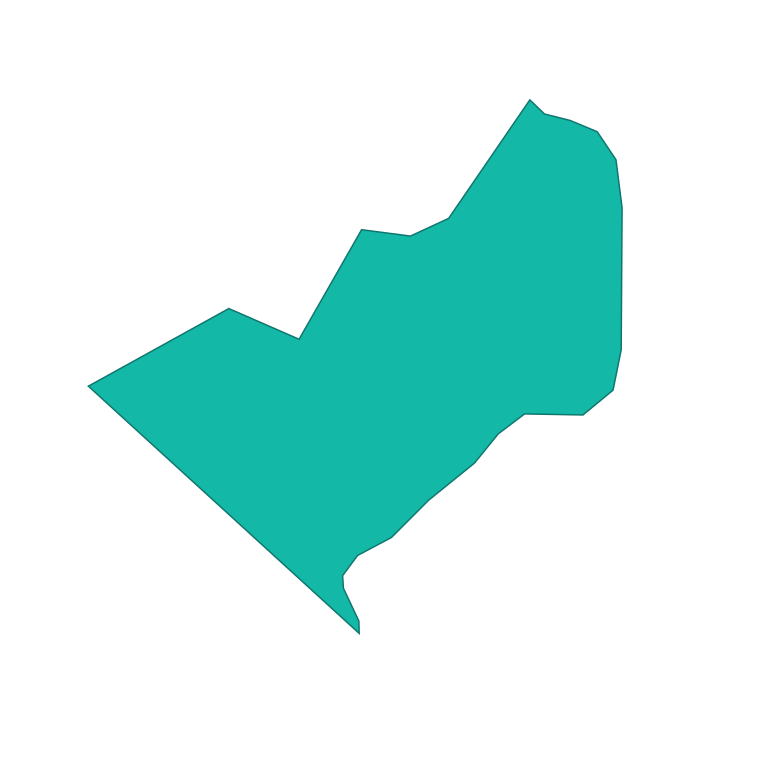 an SVG outline of Rivière du Rempart, rotated 74°
{"feature_id": "MUS-5192", "entity_name": "Rivière du Rempart", "entity_type": "District", "adm_level": 1, "iso_a3": "MUS", "parent_name": "Mauritius", "parent_adm1": "", "projection": "mercator", "projection_center": [57.653, -20.067], "detail": "fine", "context": "isolated", "style": "filled", "palette": "teal", "viewbox_px": 768, "rotation_deg": 74, "n_neighbors": 0, "source": "natural_earth", "source_scale": "10m", "svg_char_len": 481}
<svg xmlns="http://www.w3.org/2000/svg" viewBox="0 0 768 768"><g transform="rotate(74 384 384)"><path d="M151.1,165.5L168.7,155.3L182.0,132.4L200.3,109.5L232.4,99.2L280.4,106.6L416.6,146.6L453.0,165.5L468.6,201.3L451.5,257.1L463.4,287.9L484.9,318.7L507.9,372.9L533.6,419.2L541.5,456.6L556.8,476.6L569.2,479.3L605.0,473.5L616.9,476.6L304.6,668.8L268.7,512.4L317.6,453.3L229.5,363.0L249.1,317.9L242.6,276.2L151.1,165.5Z" fill="#14b8a6" stroke="#0f766e" stroke-width="1.5"/></g></svg>